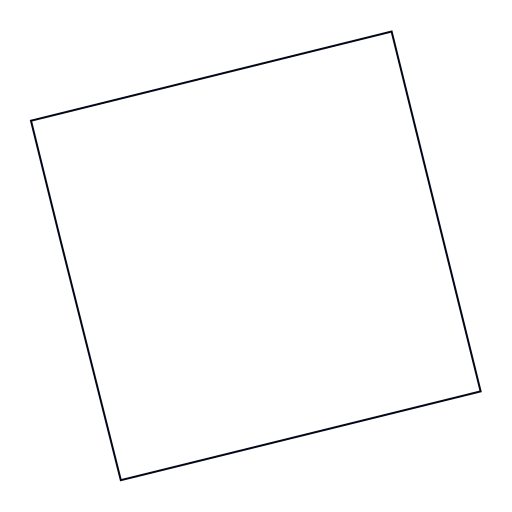 outline of Seward, Nebraska, United States of America, rotated 166°
{"feature_id": "52423323B50474680462759", "entity_name": "Seward", "entity_type": "district", "adm_level": 2, "iso_a3": "USA", "parent_name": "United States of America", "parent_adm1": "Nebraska", "projection": "equal_earth", "projection_center": [-97.107, 40.872], "detail": "fine", "context": "isolated", "style": "outline", "palette": "ink", "viewbox_px": 512, "rotation_deg": 166, "n_neighbors": 0, "source": "geoboundaries", "source_scale": "gbopen_adm2", "svg_char_len": 245}
<svg xmlns="http://www.w3.org/2000/svg" viewBox="0 0 512 512"><g transform="rotate(166 256 256)"><path d="M70.1,441.0L439.7,441.7L441.6,441.7L441.9,318.2L441.4,71.2L70.8,70.3L70.1,441.0Z" fill="none" stroke="#020617" stroke-width="2"/></g></svg>